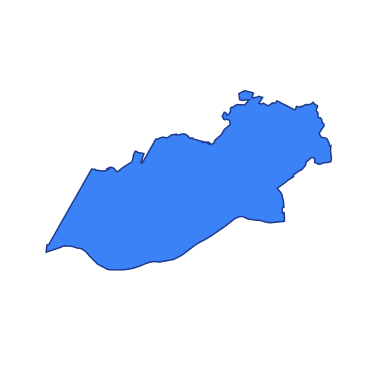 Ābeļu pag., Jekabpils, Latvia, rotated 142°
{"feature_id": "27541924B70311937188190", "entity_name": "Ābeļu pag.", "entity_type": "district", "adm_level": 2, "iso_a3": "LVA", "parent_name": "Latvia", "parent_adm1": "Jekabpils", "projection": "natural_earth1", "projection_center": [25.924, 56.435], "detail": "fine", "context": "isolated", "style": "filled", "palette": "blue", "viewbox_px": 384, "rotation_deg": 142, "n_neighbors": 0, "source": "geoboundaries", "source_scale": "gbopen_adm2", "svg_char_len": 5764}
<svg xmlns="http://www.w3.org/2000/svg" viewBox="0 0 384 384"><g transform="rotate(142 192 192)"><path d="M148.4,119.0L137.4,112.1L136.1,113.3L134.2,116.0L132.7,118.1L132.9,118.1L132.2,119.2L133.8,120.2L133.6,120.3L130.7,123.8L129.7,123.6L128.8,123.5L126.9,126.6L125.9,127.9L125.8,128.0L125.7,128.8L125.8,128.8L125.5,128.8L124.0,132.2L122.6,135.0L122.6,136.1L122.4,136.7L122.4,140.1L122.6,142.5L116.0,142.2L112.1,142.1L109.9,142.2L109.6,142.3L106.4,141.8L105.9,141.8L105.9,142.0L104.9,142.0L103.2,142.0L103.3,141.5L102.5,141.5L101.4,143.2L99.2,143.0L98.0,142.8L95.6,142.9L92.0,142.0L86.5,143.0L83.7,145.2L76.6,145.6L75.6,144.9L74.7,142.5L76.4,140.9L77.0,139.8L77.0,139.2L76.5,139.0L76.3,138.8L75.8,137.5L75.5,136.5L74.7,135.5L74.2,135.1L70.1,133.9L69.7,133.6L67.1,131.8L64.0,130.4L63.2,131.0L62.3,131.7L60.8,133.6L58.5,137.6L57.6,139.0L56.7,140.2L55.8,141.1L54.1,142.9L54.7,142.9L55.0,144.1L53.9,146.0L53.5,148.4L53.2,148.7L53.2,148.8L53.1,149.7L52.9,150.9L53.7,152.7L55.6,154.5L56.1,155.1L56.2,157.3L56.0,159.1L56.1,159.5L53.7,160.7L51.3,161.6L48.5,162.4L47.2,162.7L46.2,164.9L46.6,166.6L46.3,167.2L45.2,169.4L45.1,171.2L46.6,173.1L46.3,173.7L45.6,174.7L44.3,176.4L43.9,177.5L44.0,179.7L43.2,180.6L40.4,182.1L40.0,183.0L41.0,184.1L41.0,184.6L41.1,185.5L41.3,186.2L41.5,186.5L41.2,187.5L41.3,187.5L41.7,187.8L41.6,188.1L42.2,188.0L44.6,188.2L45.6,188.8L46.7,189.2L48.0,190.6L49.2,191.1L50.8,191.3L51.3,191.5L52.0,191.2L53.0,191.5L53.1,192.3L53.9,192.4L55.9,193.4L56.0,193.5L56.5,194.7L56.6,194.9L56.9,195.1L57.0,195.1L57.5,194.9L57.8,194.7L58.0,194.6L58.1,194.3L58.6,194.1L59.2,193.6L59.8,193.5L60.2,193.7L60.6,193.5L62.4,197.7L63.2,199.3L63.8,200.8L66.2,205.7L67.8,209.1L68.0,209.7L69.2,211.6L70.5,210.9L72.5,211.0L73.1,211.2L73.1,211.4L73.1,211.7L72.9,211.9L73.2,212.4L73.3,212.5L73.7,212.7L73.9,212.8L76.1,212.7L78.3,212.8L78.6,212.9L78.8,213.0L79.2,213.8L79.5,214.4L81.1,217.9L81.5,218.2L81.9,218.4L82.3,218.4L82.8,218.3L84.0,219.6L84.5,220.8L81.7,221.7L80.2,222.2L78.1,223.0L78.6,223.6L80.5,226.3L81.1,226.3L81.9,226.5L86.6,229.0L86.6,229.3L86.0,229.8L83.7,231.6L82.7,232.1L83.2,233.0L88.1,239.4L94.5,240.7L97.6,235.5L97.0,234.8L96.8,234.4L96.5,233.7L94.9,232.4L94.2,232.3L91.7,230.6L90.2,229.6L90.8,229.5L95.6,228.4L96.6,228.0L97.7,228.9L102.8,233.2L106.1,233.7L107.8,233.5L108.3,234.4L110.2,234.3L111.8,232.1L114.7,230.7L117.0,230.8L116.6,233.8L117.5,235.0L121.6,233.0L122.2,230.0L121.5,228.5L120.4,228.3L119.8,227.8L118.4,225.7L118.4,225.3L120.4,221.6L128.0,221.4L133.5,219.1L140.7,218.7L142.1,218.7L144.3,217.3L146.2,217.2L146.6,217.1L147.1,217.8L147.7,218.4L147.7,218.6L147.9,218.7L148.6,218.9L148.4,219.0L148.2,219.1L148.2,219.3L148.3,219.3L148.8,219.4L148.9,219.5L148.6,219.5L148.4,219.6L148.5,219.7L148.5,219.8L148.1,220.2L148.1,220.4L148.0,220.6L148.0,220.8L148.3,220.9L148.3,220.6L148.5,220.4L149.0,220.5L149.5,220.6L149.8,221.1L149.7,221.2L149.2,221.3L149.0,221.6L149.4,221.8L149.6,221.7L150.0,221.7L150.1,221.8L150.1,222.0L150.4,222.3L150.5,222.6L150.3,222.7L150.7,222.9L150.8,223.3L151.4,223.8L151.6,223.9L151.8,223.9L152.0,223.7L152.4,223.7L152.5,223.8L152.2,223.9L152.2,224.0L152.4,224.1L152.8,224.1L153.1,224.5L153.5,224.8L153.0,225.2L152.6,225.4L153.2,225.8L153.8,226.9L155.0,228.3L155.6,229.4L156.6,230.6L157.2,231.6L158.3,232.6L158.3,233.3L158.2,233.8L158.5,234.3L158.5,234.6L159.0,234.9L160.0,235.3L160.4,235.4L160.4,235.7L160.4,236.3L160.7,236.5L160.7,237.9L160.6,238.4L161.1,238.6L161.0,239.3L161.3,240.3L161.5,241.6L163.6,243.6L165.1,244.1L168.0,245.6L168.9,246.3L168.8,247.5L169.8,247.4L170.5,248.2L170.9,248.3L173.0,249.7L176.9,249.7L177.6,249.9L179.7,251.2L179.8,251.6L180.5,252.5L181.7,253.5L183.9,254.2L186.0,254.8L186.3,254.9L188.1,255.9L213.4,245.4L214.3,246.4L212.7,247.7L212.4,247.5L209.1,250.0L206.2,251.9L206.7,252.4L209.0,255.0L210.7,256.8L210.4,257.6L211.5,259.0L212.5,258.8L212.8,258.4L215.3,257.3L216.6,255.9L218.6,254.3L220.8,252.8L222.0,252.7L222.9,253.0L227.5,253.4L230.9,253.8L238.2,253.8L238.6,254.3L238.9,255.8L238.8,258.7L240.8,261.7L241.6,261.7L242.0,261.8L242.1,261.7L242.2,262.1L242.3,262.2L242.8,262.2L242.9,261.9L243.1,261.6L243.2,261.4L243.3,261.3L243.7,261.2L243.9,261.4L243.6,261.8L243.5,262.0L243.5,262.3L243.7,262.5L244.5,262.7L244.9,262.6L245.0,262.6L245.2,261.9L245.3,261.8L245.6,261.7L245.8,261.8L247.1,262.2L248.2,262.7L248.4,262.8L248.7,262.7L248.8,262.8L250.9,265.0L253.0,267.0L253.1,267.4L253.4,267.6L253.7,267.6L254.1,268.2L254.1,268.5L254.5,269.8L255.3,270.1L256.9,271.9L308.8,250.5L316.1,247.5L316.6,247.3L317.5,246.9L337.3,238.7L338.8,239.6L340.5,238.0L341.8,236.5L342.0,236.5L342.2,236.4L344.0,234.3L331.5,230.0L330.8,229.7L329.3,229.2L327.2,228.8L326.2,228.3L325.7,228.0L325.3,227.8L325.5,227.7L321.9,224.9L321.2,224.3L319.9,222.8L318.2,220.5L317.3,218.9L316.4,218.0L314.5,216.0L314.1,215.1L313.6,214.3L312.9,212.0L312.4,209.8L312.3,208.9L312.3,207.5L312.2,206.3L312.2,205.0L312.0,203.0L311.8,201.7L311.5,198.8L311.1,195.9L311.0,194.7L310.9,193.8L310.6,192.9L309.8,191.0L309.0,189.3L308.5,188.0L307.5,186.2L307.1,185.3L306.5,183.5L305.5,182.1L301.7,178.9L297.5,175.7L296.1,174.6L293.9,172.9L292.2,171.9L289.1,170.0L287.3,169.2L285.2,168.1L282.5,167.1L278.7,165.8L277.2,165.4L276.2,165.1L274.9,164.8L272.2,164.0L270.3,163.3L268.4,162.6L266.6,161.7L264.6,160.5L263.2,159.2L261.8,157.7L260.4,156.6L257.5,155.2L256.1,154.3L251.2,151.9L249.9,151.1L247.6,150.1L239.0,148.5L231.9,148.3L227.9,148.3L221.8,148.2L216.9,147.6L211.4,146.6L208.1,146.1L203.4,145.6L200.8,145.5L188.7,144.7L185.6,144.6L181.6,144.6L175.0,144.7L172.6,144.2L170.1,143.4L169.0,142.9L168.1,142.2L167.2,141.3L166.6,140.5L166.2,139.7L165.8,138.7L165.1,137.4L164.5,136.4L164.0,135.6L158.5,130.1L156.4,128.2L154.9,126.4L153.0,123.7L151.2,121.5L150.1,120.3L148.4,119.0Z" fill="#3b82f6" stroke="#1e3a8a" stroke-width="1.5"/></g></svg>